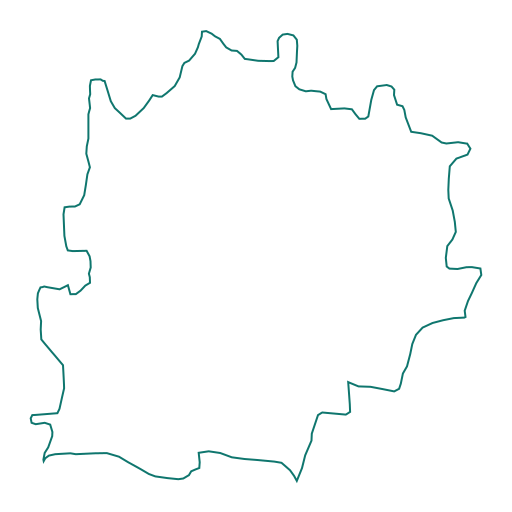 the district of Ariha, Idlib, Syria
{"feature_id": "27442178B18977709066888", "entity_name": "Ariha", "entity_type": "district", "adm_level": 2, "iso_a3": "SYR", "parent_name": "Syria", "parent_adm1": "Idlib", "projection": "albers", "projection_center": [36.527, 35.771], "detail": "fine", "context": "isolated", "style": "outline", "palette": "teal", "viewbox_px": 512, "rotation_deg": 0, "n_neighbors": 0, "source": "geoboundaries", "source_scale": "gbopen_adm2", "svg_char_len": 3164}
<svg xmlns="http://www.w3.org/2000/svg" viewBox="0 0 512 512"><path d="M43.7,461.1L45.3,458.2L48.9,455.6L55.2,454.2L70.4,453.3L75.8,454.2L94.8,453.3L106.8,453.1L119.0,456.7L128.1,462.2L140.4,469.0L148.9,474.0L155.3,476.4L167.5,478.1L178.3,479.2L183.3,478.5L187.8,475.8L188.9,475.2L191.2,471.3L195.6,469.4L199.3,468.0L199.7,462.3L198.7,452.8L208.7,451.3L220.2,453.0L231.8,457.3L244.5,459.0L257.3,460.0L274.4,461.6L281.5,462.8L290.0,470.2L294.1,475.9L296.8,480.9L302.0,468.1L305.2,455.3L311.5,440.6L311.5,440.4L311.8,433.6L318.0,415.1L321.2,413.1L322.3,412.5L345.8,414.6L347.3,413.7L350.1,411.9L349.8,404.3L348.2,382.1L349.8,382.8L358.5,386.4L370.5,386.8L382.7,389.1L394.2,391.4L399.1,388.8L400.8,383.7L402.9,373.5L407.0,366.4L410.2,354.2L412.3,344.0L416.0,334.8L422.6,327.6L432.5,323.0L443.2,320.2L453.8,318.1L464.3,317.6L465.5,317.0L464.7,310.7L468.0,301.0L471.9,292.9L476.3,283.1L481.3,275.0L480.4,268.5L471.8,267.1L466.5,267.2L457.5,269.0L449.4,268.6L446.7,266.5L445.8,257.9L447.3,246.1L452.4,239.5L455.8,231.9L454.8,221.8L452.7,210.5L448.7,198.5L448.3,189.9L448.8,178.6L449.8,166.3L456.4,158.6L467.5,154.6L470.4,148.7L467.2,143.6L466.8,143.6L458.1,142.2L446.4,143.5L441.6,142.5L432.2,135.7L420.8,133.2L411.2,131.8L405.7,117.4L404.3,109.9L402.5,106.2L397.1,104.7L394.0,95.1L394.3,89.7L391.5,86.5L386.6,85.0L377.1,86.3L374.0,90.1L371.3,99.8L368.3,116.5L365.2,118.7L359.3,118.8L355.4,114.1L351.9,109.3L344.4,108.4L331.1,109.1L326.4,99.0L325.6,94.2L320.2,91.6L315.9,91.2L311.1,90.7L305.8,91.3L299.3,89.3L295.4,86.2L293.0,80.3L292.3,76.5L292.6,71.7L295.1,67.9L296.5,62.5L297.0,51.2L297.3,45.8L296.8,39.7L293.4,35.4L287.5,33.9L282.7,34.6L279.1,37.8L277.6,41.1L277.9,47.5L278.4,57.2L273.7,61.0L270.5,61.1L258.2,60.8L248.0,59.3L244.8,58.9L241.4,54.6L237.0,50.9L231.6,50.5L226.2,47.4L223.3,43.7L219.9,38.9L215.0,36.3L211.7,33.7L206.2,31.1L202.0,31.7L201.7,36.5L198.8,44.1L197.9,47.3L195.0,53.8L192.2,57.0L189.1,60.6L184.4,62.9L182.4,66.1L179.7,77.4L174.7,86.1L166.5,93.2L161.9,96.6L158.7,96.6L152.7,95.1L149.2,100.5L143.7,108.1L135.5,115.8L130.2,118.6L126.0,118.6L119.9,112.8L114.8,108.1L110.8,101.2L107.7,91.0L104.6,81.0L102.8,80.8L100.6,79.4L95.1,79.5L94.1,79.7L92.4,80.0L91.0,80.3L89.9,85.9L90.0,90.0L90.2,94.2L89.0,98.4L89.9,106.2L89.9,106.6L90.0,106.9L90.0,107.1L90.1,108.1L89.2,111.2L88.4,114.3L88.4,138.6L86.8,146.3L86.3,153.7L88.6,162.2L89.9,167.3L87.4,174.3L85.8,185.4L84.2,195.2L79.7,204.3L75.0,206.5L69.4,206.6L64.6,207.3L63.5,214.3L64.4,235.9L66.3,246.3L67.8,250.4L72.7,251.1L81.7,250.9L86.6,250.8L89.6,256.3L90.5,261.2L90.7,267.5L88.9,273.7L89.8,277.2L90.0,282.8L85.3,285.6L80.6,290.6L75.9,294.1L70.4,294.2L67.9,285.2L64.1,287.1L59.6,289.3L47.4,287.2L44.2,286.5L42.5,287.1L40.5,287.4L39.1,290.4L37.9,293.3L37.3,299.3L37.8,308.0L41.1,321.1L40.7,329.5L40.9,332.7L41.1,335.9L41.3,339.4L43.5,342.1L44.9,343.8L49.8,349.6L51.8,352.0L53.8,354.3L57.6,358.8L60.2,361.9L63.0,365.2L63.4,372.5L63.7,378.3L64.0,384.8L64.1,388.3L62.0,397.5L59.5,408.8L57.4,413.2L38.4,414.7L35.9,414.9L32.3,415.1L30.7,418.3L31.6,422.8L35.7,424.2L44.7,422.8L50.2,424.6L52.4,432.0L52.2,436.2L48.2,447.4L44.7,452.9L43.4,459.6L43.7,461.1Z" fill="none" stroke="#0f766e" stroke-width="2"/></svg>